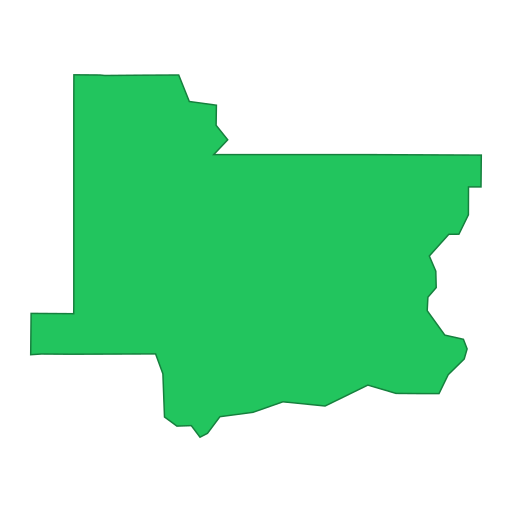 Wagoner, Oklahoma, United States of America
{"feature_id": "52423323B74853588584421", "entity_name": "Wagoner", "entity_type": "district", "adm_level": 2, "iso_a3": "USA", "parent_name": "United States of America", "parent_adm1": "Oklahoma", "projection": "natural_earth1", "projection_center": [-95.526, 35.964], "detail": "fine", "context": "isolated", "style": "filled", "palette": "green", "viewbox_px": 512, "rotation_deg": 0, "n_neighbors": 0, "source": "geoboundaries", "source_scale": "gbopen_adm2", "svg_char_len": 829}
<svg xmlns="http://www.w3.org/2000/svg" viewBox="0 0 512 512"><path d="M70.3,354.2L155.6,353.9L162.9,373.8L164.5,417.0L176.9,426.1L191.3,425.6L200.0,437.2L207.5,433.3L219.9,416.7L225.1,416.0L253.0,412.3L282.9,401.8L325.1,406.0L367.8,385.1L396.0,393.4L423.1,393.6L439.0,393.6L448.2,374.7L464.2,359.0L467.1,348.9L463.4,339.3L444.8,335.1L427.2,310.7L427.9,297.2L436.2,287.6L435.8,271.2L429.3,256.0L448.8,234.3L458.9,234.2L468.4,214.8L468.5,186.9L481.0,186.9L481.3,155.1L366.1,154.6L310.5,154.6L213.7,154.6L227.7,139.8L216.1,125.3L216.4,105.2L189.3,101.5L178.7,75.0L139.3,75.2L104.8,75.5L99.8,75.0L73.9,74.8L73.8,101.5L73.8,114.7L73.8,128.0L73.8,140.9L73.8,180.9L73.8,194.1L73.8,207.3L73.8,229.2L73.8,233.8L73.8,306.0L73.7,313.7L31.1,313.4L30.7,354.7L41.3,354.0L70.3,354.2Z" fill="#22c55e" stroke="#15803d" stroke-width="1.5"/></svg>